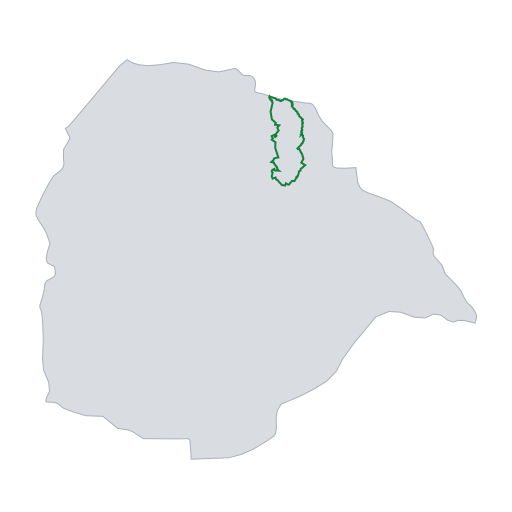 location of Matobo, Matabeleland South, Zimbabwe, rotated 178°
{"feature_id": "62879985B11044582115440", "entity_name": "Matobo", "entity_type": "district", "adm_level": 2, "iso_a3": "ZWE", "parent_name": "Zimbabwe", "parent_adm1": "Matabeleland South", "projection": "mercator", "projection_center": [28.344, -20.969], "detail": "fine", "context": "in_parent", "style": "outline", "palette": "green", "viewbox_px": 512, "rotation_deg": 178, "n_neighbors": 0, "source": "geoboundaries", "source_scale": "gbopen_adm2", "svg_char_len": 7212}
<svg xmlns="http://www.w3.org/2000/svg" viewBox="0 0 512 512"><g transform="rotate(178 256 256)"><path d="M377.9,456.8L372.8,453.3L365.9,451.1L357.1,450.0L345.6,450.5L331.5,452.3L316.3,450.0L300.2,443.6L286.7,441.3L270.7,444.1L270.0,444.2L267.2,442.0L262.8,437.2L255.5,436.4L253.5,435.3L251.9,433.5L250.8,431.3L250.4,428.8L251.6,421.0L251.0,420.1L249.0,419.2L245.0,418.3L235.4,414.7L223.3,411.3L203.6,407.6L196.0,406.6L194.2,405.5L192.0,402.6L188.2,393.7L184.7,387.8L176.2,378.8L174.8,375.9L175.3,368.8L175.9,363.0L176.8,358.0L176.4,353.4L176.3,347.7L176.5,343.9L175.4,342.3L172.3,341.1L163.6,340.6L153.0,340.8L152.7,335.0L151.7,326.0L149.7,320.9L147.3,318.2L142.4,315.4L132.6,311.6L119.2,305.8L107.8,297.2L94.7,286.5L90.6,284.6L85.7,274.6L78.4,257.5L78.9,251.8L77.7,249.0L70.6,240.6L69.0,236.2L67.7,231.8L56.4,219.5L52.5,214.2L49.5,207.3L46.6,201.8L44.1,199.6L40.9,195.9L38.6,191.6L37.6,188.4L38.4,184.2L39.5,181.3L50.4,184.3L56.3,184.6L60.9,183.1L66.6,185.1L73.5,190.6L80.9,191.7L89.0,188.2L99.9,189.3L113.6,194.8L124.9,195.9L138.4,191.0L150.5,177.4L161.8,164.7L173.0,150.0L179.7,138.1L189.6,128.5L202.6,121.1L215.8,114.8L236.1,107.1L240.1,100.8L241.5,93.9L241.5,84.4L242.5,78.2L244.6,75.3L248.0,73.1L252.4,70.3L265.7,63.0L276.9,58.4L290.5,55.3L305.4,55.3L319.7,55.2L327.9,55.2L328.0,64.4L328.6,74.8L330.2,75.8L341.0,76.0L358.3,76.7L375.0,77.4L385.7,84.9L389.3,86.5L400.4,88.6L414.5,101.1L431.6,102.3L443.3,106.2L453.6,110.5L459.5,115.7L463.4,116.9L468.6,117.2L471.1,117.7L470.5,121.4L467.1,127.8L467.5,136.8L472.3,149.4L472.9,160.3L471.5,179.6L471.5,198.3L472.0,205.0L472.8,209.5L473.8,211.9L473.6,214.7L470.8,222.5L468.5,230.9L468.4,234.2L467.5,236.5L465.9,238.6L458.4,242.4L457.1,244.8L457.2,249.1L458.1,252.7L460.9,254.1L464.3,256.1L465.6,258.8L465.6,261.7L464.5,267.0L461.5,275.7L464.5,285.8L467.9,292.4L472.5,299.9L474.4,304.6L474.3,308.0L473.6,311.3L466.7,325.1L461.7,333.8L455.6,343.0L447.6,348.9L445.5,351.6L444.7,354.8L445.0,361.8L444.6,369.1L437.7,380.3L442.0,390.0L441.0,390.8L438.7,392.2L428.8,403.1L418.8,414.1L411.5,422.2L403.2,431.4L393.9,441.7L385.9,450.5L377.9,456.8Z" fill="#d9dde1" stroke="#a8b0b8" stroke-width="1"/><path d="M221.3,326.2L220.4,326.3L219.9,327.0L219.6,327.3L219.3,327.7L219.2,327.9L219.1,328.0L218.0,329.0L217.5,329.7L216.6,329.8L216.0,329.7L215.3,329.5L214.7,329.8L213.9,331.0L213.6,331.9L213.4,332.2L213.0,333.1L212.7,333.8L212.0,333.4L211.1,335.3L210.7,336.4L210.3,337.6L210.2,339.0L208.5,339.8L208.4,341.4L207.3,342.2L207.0,342.4L206.0,343.1L205.5,343.6L204.7,344.4L203.7,345.1L206.1,346.7L207.5,347.7L205.3,351.2L205.3,352.2L205.4,352.3L205.5,352.4L205.6,352.6L205.5,352.8L205.7,353.2L205.7,353.4L205.7,353.6L205.8,353.9L205.9,354.5L206.0,354.7L206.0,354.9L206.1,355.1L206.2,355.5L206.3,355.8L206.4,356.0L206.5,356.4L206.5,356.5L206.8,356.8L206.9,357.0L207.0,357.1L207.0,357.4L207.1,357.5L207.3,357.9L207.5,357.9L207.6,358.0L207.7,358.4L207.9,358.8L208.1,359.3L208.3,359.7L208.3,360.0L208.6,360.7L209.0,361.4L209.1,361.5L209.4,361.5L209.5,361.6L209.8,361.5L210.2,361.4L210.4,361.3L210.5,361.4L210.5,361.6L210.6,361.8L210.8,362.1L207.0,365.5L206.7,365.9L206.6,366.1L206.7,366.3L206.7,366.2L206.8,366.4L206.6,366.6L206.4,366.7L206.1,366.8L205.9,366.9L205.9,367.1L205.8,367.4L205.6,367.6L205.3,367.7L205.1,367.8L205.0,368.0L205.0,368.3L204.9,368.6L204.7,368.9L204.6,369.0L204.8,369.3L204.8,369.5L204.5,369.9L204.1,370.5L204.0,370.9L204.0,371.1L204.0,371.5L204.3,371.6L204.4,371.8L204.5,372.0L204.6,372.4L204.7,372.8L205.0,373.6L204.8,374.5L204.8,374.8L206.3,375.5L206.6,375.3L206.4,375.7L206.5,375.9L206.4,376.0L206.2,376.1L205.9,376.1L206.0,376.5L205.9,376.7L206.1,376.7L206.0,376.8L206.1,377.0L206.1,377.4L206.2,377.5L205.8,377.7L205.8,377.8L205.8,378.0L206.1,378.3L206.2,378.7L206.3,378.8L206.4,379.0L206.3,379.4L206.2,379.6L205.6,379.9L205.6,380.1L205.5,380.3L205.3,380.4L205.3,380.5L205.6,380.8L205.6,381.4L205.8,381.8L205.8,382.4L205.5,382.9L205.3,383.1L205.1,383.2L205.0,383.4L204.9,383.5L204.8,383.9L204.9,384.2L205.1,384.5L205.2,384.9L205.2,385.2L205.1,385.4L205.0,385.6L205.0,385.8L205.1,386.0L204.8,386.5L205.1,386.7L205.2,386.9L205.2,387.0L204.8,387.4L204.8,387.5L205.0,387.7L205.0,387.8L204.9,387.9L204.6,388.0L204.9,388.6L205.1,389.1L205.3,389.5L205.3,389.9L205.1,390.0L204.9,390.0L204.7,390.3L204.4,390.7L204.4,390.9L204.5,391.0L204.8,391.4L205.2,391.5L205.5,391.6L205.9,392.3L206.2,392.7L206.3,392.8L206.7,392.9L206.8,393.0L206.9,393.3L207.4,393.7L207.5,393.8L207.9,394.2L208.0,394.3L208.0,395.0L208.1,395.4L208.3,395.7L208.4,395.9L208.6,396.1L208.7,396.7L208.9,396.8L209.2,396.6L209.4,396.7L209.4,396.9L209.3,397.2L209.4,397.5L209.5,397.6L209.6,398.1L209.6,398.3L210.1,398.6L210.2,398.8L210.3,399.1L210.5,399.4L210.7,399.5L211.1,399.6L211.3,399.7L211.5,400.0L211.5,400.3L211.6,400.6L212.0,401.1L212.1,401.4L212.3,401.7L212.8,401.8L213.0,401.7L213.3,401.8L213.4,402.1L213.4,402.4L213.4,402.6L213.6,402.9L213.8,403.1L214.3,403.5L214.6,403.9L215.0,404.3L215.0,404.6L214.8,404.9L214.9,405.5L214.9,405.8L214.7,405.9L214.1,405.9L214.1,406.0L214.0,406.3L214.2,406.7L214.3,407.3L214.5,407.6L214.7,407.8L215.0,407.7L215.2,407.8L215.3,408.3L215.4,408.5L215.5,408.9L215.5,409.1L215.4,409.2L215.2,409.2L215.4,409.4L215.9,409.7L216.3,410.0L217.1,410.2L217.4,410.4L218.2,410.5L218.7,411.0L219.2,411.5L219.6,411.6L220.2,411.7L220.4,411.8L221.2,412.1L221.7,412.4L222.1,412.2L222.5,412.0L222.9,411.6L223.0,411.5L223.4,411.0L223.7,410.7L223.9,410.7L224.1,410.7L224.5,410.8L224.8,410.7L225.2,410.3L225.5,410.0L225.8,409.9L226.1,409.9L226.4,410.1L226.7,410.6L227.0,410.8L227.6,410.8L227.8,410.9L228.0,411.0L228.6,411.2L228.9,411.2L229.3,411.2L229.6,411.3L230.1,411.5L230.4,411.9L230.5,412.3L230.8,412.7L231.0,412.8L231.6,413.0L232.6,413.4L233.4,413.6L234.4,413.9L235.1,414.2L235.4,414.3L235.5,414.2L236.6,414.9L236.9,415.2L237.2,414.3L236.8,413.9L236.9,413.3L236.9,412.9L236.3,412.3L236.3,412.0L235.9,411.9L235.8,411.6L235.4,411.6L235.1,411.5L235.0,411.4L234.9,411.2L234.6,410.9L234.5,410.6L234.6,410.3L234.9,410.3L235.0,410.1L234.9,409.9L234.5,409.9L234.4,409.8L234.3,409.5L234.3,409.2L234.2,408.9L234.0,408.5L234.4,407.2L236.4,399.7L235.5,393.3L235.5,393.2L235.3,391.9L231.6,388.4L232.2,387.1L232.4,386.5L230.9,386.3L228.2,385.8L230.3,383.5L229.0,380.5L232.1,377.1L231.3,375.4L232.7,374.2L233.8,376.3L235.6,375.5L236.2,375.2L235.5,373.8L235.1,373.0L236.2,371.7L235.6,371.3L232.6,369.0L233.0,364.0L233.0,363.3L231.2,357.1L230.2,353.7L231.5,353.6L234.5,352.9L235.2,351.3L235.3,351.2L235.4,350.9L237.4,349.4L234.8,348.6L234.8,348.4L234.9,348.2L234.7,347.8L234.4,347.5L234.3,347.2L234.1,347.0L234.1,346.8L233.7,346.4L233.6,346.1L233.2,345.8L232.8,345.3L232.8,345.0L232.7,344.9L232.4,344.7L232.2,344.6L232.2,344.3L232.1,344.1L231.8,343.4L231.7,343.2L231.6,342.8L231.7,342.5L231.6,342.4L231.5,342.1L231.4,341.9L231.5,341.8L231.3,341.6L231.2,341.4L231.0,341.2L230.8,341.1L230.7,340.8L230.3,340.5L233.3,340.7L234.6,341.0L234.7,342.1L234.7,342.4L235.5,342.0L236.8,341.4L237.1,340.5L237.3,339.6L236.4,338.7L237.5,335.2L237.2,334.3L236.7,332.8L236.3,333.0L235.9,333.1L235.5,333.2L233.7,333.7L233.4,332.0L231.5,330.8L231.0,330.1L230.3,329.0L228.9,327.6L228.4,326.9L227.4,325.8L225.8,325.8L224.4,325.4L223.6,327.6L221.3,326.2Z" fill="none" stroke="#15803d" stroke-width="2"/></g></svg>